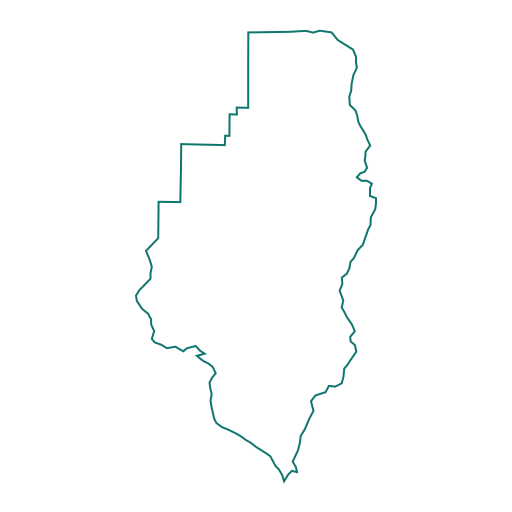 Paraíso do Sul, Rio Grande do Sul, Brazil
{"feature_id": "56859067B73177855032740", "entity_name": "Paraíso do Sul", "entity_type": "district", "adm_level": 2, "iso_a3": "BRA", "parent_name": "Brazil", "parent_adm1": "Rio Grande do Sul", "projection": "orthographic", "projection_center": [-53.114, -29.705], "detail": "fine", "context": "isolated", "style": "outline", "palette": "teal", "viewbox_px": 512, "rotation_deg": 0, "n_neighbors": 0, "source": "geoboundaries", "source_scale": "gbopen_adm2", "svg_char_len": 1981}
<svg xmlns="http://www.w3.org/2000/svg" viewBox="0 0 512 512"><path d="M196.9,355.8L201.5,359.7L204.8,361.8L208.4,363.5L212.8,367.1L215.7,373.3L212.1,377.7L209.5,382.7L210.3,388.2L211.7,394.5L210.5,400.5L211.3,406.0L212.8,412.5L214.3,419.0L216.5,423.1L222.0,427.2L227.4,429.3L235.5,433.2L241.2,436.5L246.0,440.1L249.7,442.1L253.3,444.8L256.6,447.3L260.9,450.0L265.8,453.1L270.3,456.2L273.0,461.3L275.4,465.8L278.9,469.5L282.2,475.0L284.1,481.3L288.1,474.7L291.8,470.9L297.0,472.1L296.0,467.3L292.7,461.7L298.0,450.3L300.0,442.3L300.6,436.2L304.9,429.1L309.5,418.3L313.5,410.9L311.0,401.2L315.4,395.5L325.6,392.1L328.9,385.9L335.3,386.6L341.7,383.3L343.5,376.7L344.2,368.6L347.8,364.3L350.9,359.5L356.3,351.7L354.9,345.1L350.6,341.4L350.2,336.8L354.8,331.3L351.9,324.4L346.9,317.1L344.1,311.6L341.7,307.5L343.3,300.6L341.3,295.1L339.6,290.7L342.3,284.2L341.9,277.5L346.9,273.6L349.4,268.3L350.5,261.9L353.6,258.5L357.8,250.0L362.8,244.8L368.3,229.0L370.5,225.1L370.8,217.4L375.2,209.3L376.0,203.2L376.0,198.2L370.0,196.0L370.0,188.1L371.9,183.7L367.0,180.8L361.5,180.8L356.8,177.3L360.4,173.2L364.5,171.9L367.1,167.9L364.7,160.7L365.4,156.1L365.6,151.6L370.2,145.5L367.2,139.3L365.8,135.0L362.7,129.7L360.4,126.1L358.3,121.7L357.2,115.6L355.5,110.5L349.8,104.9L349.3,96.7L351.2,90.6L351.6,84.0L353.4,75.1L356.8,67.9L356.0,61.9L356.0,56.7L353.0,49.6L337.7,40.0L331.6,32.4L319.7,30.7L313.1,32.6L306.1,30.9L296.6,31.4L290.8,31.8L257.5,32.3L248.3,32.4L248.2,63.6L248.2,107.8L236.7,107.6L236.9,114.5L229.6,114.3L229.4,135.9L225.2,135.7L224.8,145.1L181.2,144.1L181.0,167.6L180.3,202.1L158.6,201.8L158.2,238.2L146.0,250.9L147.8,255.2L149.5,259.2L151.8,266.7L150.5,273.2L150.5,278.7L142.8,286.7L139.5,290.0L136.0,295.6L136.8,300.8L142.2,309.0L147.9,313.5L151.0,319.1L151.2,324.6L154.2,331.1L151.8,338.8L154.7,342.4L161.4,344.8L166.9,348.2L175.4,346.7L179.9,349.4L183.4,351.3L186.7,348.3L195.7,346.0L199.9,350.6L204.7,353.7L196.9,355.8Z" fill="none" stroke="#0f766e" stroke-width="2"/></svg>